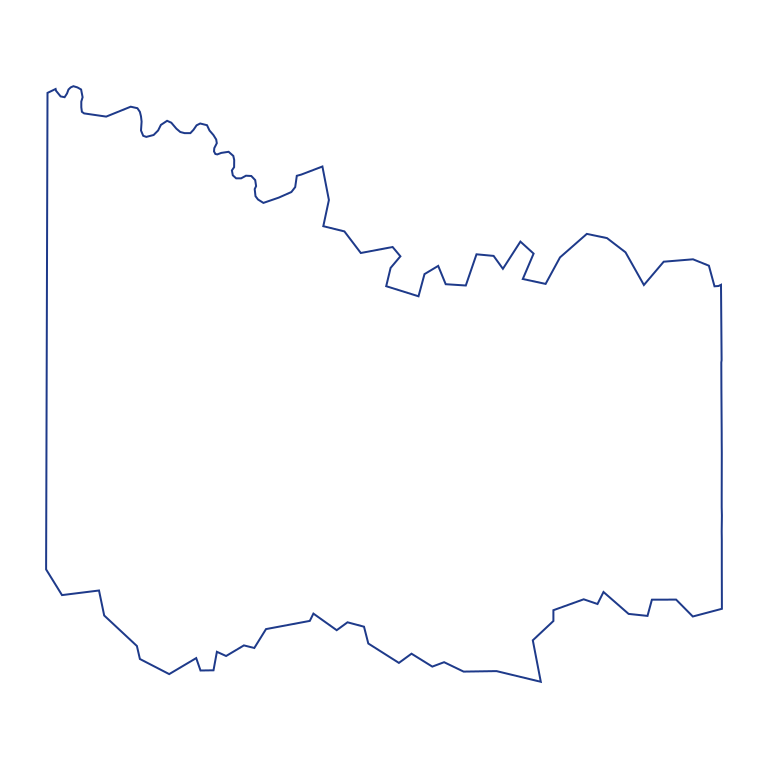 Bowie, Texas, United States of America (Equal Earth projection)
{"feature_id": "52423323B35633344294937", "entity_name": "Bowie", "entity_type": "district", "adm_level": 2, "iso_a3": "USA", "parent_name": "United States of America", "parent_adm1": "Texas", "projection": "equal_earth", "projection_center": [-94.429, 33.475], "detail": "fine", "context": "isolated", "style": "outline", "palette": "blue", "viewbox_px": 768, "rotation_deg": 0, "n_neighbors": 0, "source": "geoboundaries", "source_scale": "gbopen_adm2", "svg_char_len": 1980}
<svg xmlns="http://www.w3.org/2000/svg" viewBox="0 0 768 768"><path d="M136.9,646.0L139.9,659.0L169.2,674.1L196.2,658.1L200.5,670.5L213.5,670.3L216.9,651.8L226.1,656.0L243.9,645.4L254.3,648.0L266.0,629.1L309.8,620.9L313.4,613.6L336.7,630.2L347.5,622.3L364.0,626.7L368.3,643.5L398.9,662.9L411.5,653.7L432.3,666.6L444.1,662.2L463.6,671.6L496.5,671.1L540.8,681.8L532.8,640.3L553.4,621.0L553.4,610.2L583.7,599.3L597.5,604.0L603.5,592.0L628.6,613.9L647.5,615.9L651.9,599.7L676.1,599.6L692.8,616.5L721.9,608.8L721.8,567.4L721.8,545.9L721.8,539.9L721.7,531.4L721.9,515.5L721.7,507.2L721.7,496.8L721.8,453.0L721.7,439.2L721.7,433.1L721.4,389.1L721.3,362.8L721.3,362.4L721.6,360.2L721.1,297.4L721.0,285.8L721.0,284.8L718.5,286.0L714.5,286.3L708.9,265.7L693.0,259.3L663.7,261.7L643.9,285.0L625.5,252.3L607.0,238.1L586.8,233.9L560.0,257.4L545.6,283.9L522.8,279.0L533.6,253.6L520.4,241.6L502.9,268.8L493.6,255.9L476.5,254.3L465.8,285.5L445.7,284.2L438.2,265.9L424.5,274.1L418.5,296.3L386.2,286.2L390.6,267.9L400.4,256.3L392.6,247.0L360.8,253.0L344.4,231.4L323.3,226.2L328.9,200.0L322.4,166.5L301.2,174.6L296.8,175.8L295.2,187.1L291.4,192.0L278.8,197.6L263.4,202.9L258.0,199.5L255.5,196.2L254.7,189.1L256.1,186.1L255.2,180.1L251.3,176.0L246.0,175.7L241.2,178.3L236.1,178.3L232.8,175.3L231.9,170.4L234.1,167.2L234.2,160.0L233.3,155.9L228.6,151.8L221.3,152.9L217.3,154.4L215.4,154.0L214.0,151.4L214.3,148.1L216.8,143.2L216.2,139.5L213.4,135.0L209.5,130.5L207.0,125.2L200.2,123.5L196.6,125.3L193.5,129.8L190.4,133.1L184.5,133.1L180.3,132.0L176.4,128.7L171.3,122.7L167.1,120.8L160.9,124.9L158.1,130.5L153.6,135.0L146.3,136.9L143.2,135.8L141.0,130.5L141.6,121.6L141.0,116.4L139.9,111.9L137.4,108.2L130.7,106.7L106.2,116.6L84.1,113.4L81.9,111.8L81.3,107.3L81.3,101.6L82.6,97.2L81.1,89.5L77.4,87.4L73.4,86.2L70.7,87.4L68.5,89.5L67.0,93.5L64.6,97.2L60.6,96.4L56.0,90.7L55.6,89.0L47.5,92.9L46.1,569.4L62.0,595.1L99.0,590.5L104.2,615.5L136.9,646.0Z" fill="none" stroke="#1e3a8a" stroke-width="2"/></svg>